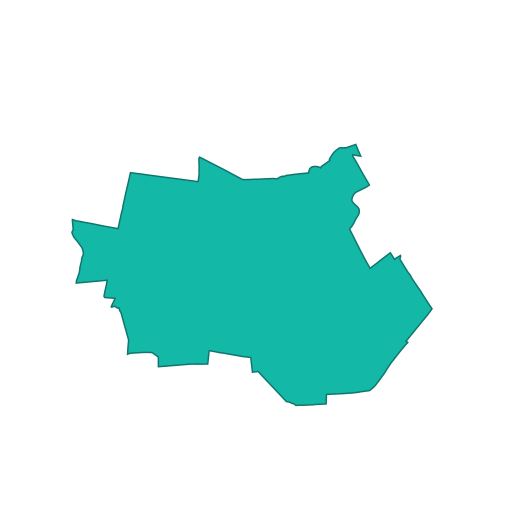 the district of Fierbinti-Targ, Ilfov, Romania, rotated 115°
{"feature_id": "2599482B78401565659465", "entity_name": "Fierbinti-Targ", "entity_type": "district", "adm_level": 2, "iso_a3": "ROU", "parent_name": "Romania", "parent_adm1": "Ilfov", "projection": "natural_earth1", "projection_center": [26.385, 44.666], "detail": "fine", "context": "isolated", "style": "filled", "palette": "teal", "viewbox_px": 512, "rotation_deg": 115, "n_neighbors": 0, "source": "geoboundaries", "source_scale": "gbopen_adm2", "svg_char_len": 5176}
<svg xmlns="http://www.w3.org/2000/svg" viewBox="0 0 512 512"><g transform="rotate(115 256 256)"><path d="M303.1,89.5L299.0,88.9L295.2,88.3L281.3,85.0L278.5,84.3L273.1,82.9L270.7,82.0L270.1,81.9L270.0,82.6L269.9,83.3L269.8,84.2L269.1,83.9L263.2,82.3L260.9,81.8L258.9,81.2L257.9,81.0L255.9,80.5L254.8,80.2L252.7,79.7L250.7,79.1L247.9,78.5L236.7,75.6L231.9,74.6L230.1,74.3L229.4,74.2L228.5,75.8L228.2,76.3L226.9,78.4L225.9,80.0L224.3,82.6L222.4,85.6L221.9,86.4L221.7,86.7L221.4,87.1L221.2,87.6L220.2,89.0L219.7,89.8L219.1,90.7L218.4,91.8L218.2,92.0L217.7,92.9L216.7,94.5L216.0,95.9L215.5,96.7L214.9,97.6L214.5,98.4L213.3,100.3L213.2,100.6L212.5,101.7L211.9,102.7L210.0,105.8L209.1,106.8L209.0,107.0L208.0,108.4L207.5,109.4L207.2,109.8L207.0,110.6L206.8,110.9L205.2,113.4L204.1,115.1L203.6,115.9L201.6,118.9L200.0,121.3L198.3,123.9L198.0,124.1L197.7,124.3L197.4,124.4L195.3,124.7L194.5,125.3L198.3,127.9L199.2,128.4L200.5,129.1L196.3,135.6L207.3,141.4L210.9,143.2L219.0,147.4L214.9,153.1L213.4,155.2L207.0,163.6L199.5,173.1L192.0,182.6L189.1,181.8L186.7,181.4L183.8,181.2L180.6,181.2L177.6,180.8L174.9,180.5L172.6,180.9L171.1,181.6L169.7,182.7L168.5,184.9L168.0,186.5L167.0,189.7L165.9,191.9L164.8,192.8L162.6,193.4L159.2,193.5L156.3,192.6L146.9,185.1L143.7,183.2L143.0,184.3L139.9,188.7L136.9,193.1L134.4,196.6L132.9,198.6L130.9,201.4L128.2,205.2L126.9,207.0L126.0,208.3L125.7,208.9L125.0,210.2L123.4,211.1L122.7,208.4L122.2,206.7L122.0,206.0L121.9,205.4L121.2,203.3L120.8,203.8L116.8,208.3L112.7,212.7L115.8,215.9L118.5,218.7L120.0,220.3L120.0,220.5L120.4,221.3L122.7,226.0L123.0,226.2L123.5,226.5L124.2,226.9L126.1,227.9L128.1,228.8L129.0,229.1L130.1,229.5L130.6,229.6L131.8,229.7L133.6,230.0L135.0,230.1L137.0,230.4L137.4,230.3L137.7,230.0L138.2,229.4L139.5,230.2L143.7,232.5L144.5,233.0L145.5,233.6L147.2,234.6L148.9,234.7L148.8,236.9L149.3,238.9L149.5,239.5L149.8,240.3L151.4,242.8L152.5,243.5L154.1,244.1L155.3,244.1L157.3,243.8L158.5,243.4L159.7,245.6L160.2,246.4L161.3,248.2L161.9,249.2L163.5,251.9L165.0,254.4L166.5,256.9L167.3,258.0L168.1,259.1L168.7,260.2L169.4,261.4L170.0,262.3L170.8,263.2L171.4,263.6L172.4,264.3L172.5,265.1L172.2,265.3L172.7,265.8L173.5,266.8L175.1,268.2L176.5,268.9L177.1,269.6L177.6,270.5L178.6,273.4L184.6,284.8L185.5,286.5L188.0,291.6L188.9,293.2L189.6,294.5L189.9,295.4L190.1,295.7L190.9,297.1L191.4,298.3L192.3,300.3L192.3,301.8L191.8,311.5L191.2,322.4L190.7,335.9L190.3,346.5L190.2,348.9L191.6,349.0L195.5,347.1L199.1,345.3L201.7,344.1L206.2,342.0L213.0,339.9L213.1,340.0L213.6,341.5L215.0,346.1L218.7,357.9L225.5,379.4L225.5,379.5L226.8,383.6L228.7,389.6L229.4,392.1L233.4,404.6L233.5,405.0L240.7,403.4L240.9,403.4L243.9,402.7L244.6,402.6L248.4,401.8L250.6,401.3L251.7,401.1L253.3,400.8L258.1,399.7L262.0,398.8L266.0,397.9L267.0,397.7L267.6,397.6L268.0,397.3L268.3,397.1L270.4,396.7L272.9,396.3L274.6,396.0L278.3,395.1L282.0,394.3L283.4,394.0L284.9,393.6L289.5,392.6L292.3,403.2L292.6,404.3L293.6,408.2L296.2,419.1L297.9,425.4L299.0,430.0L299.7,432.5L300.1,433.6L300.3,435.3L300.4,437.4L300.5,437.8L301.5,437.4L301.8,437.2L303.9,436.0L306.1,434.7L307.3,434.0L308.7,433.2L309.7,432.8L311.7,432.9L312.8,432.6L315.8,429.2L318.7,423.3L320.8,419.5L321.8,417.7L322.3,417.0L322.9,416.3L325.6,414.1L327.9,413.1L331.6,413.0L334.5,412.0L340.5,410.8L343.3,409.8L345.7,409.2L351.1,408.5L354.2,408.3L356.5,407.5L340.9,380.7L342.1,380.3L343.9,379.8L345.1,379.5L346.1,379.2L347.4,379.0L349.5,378.5L352.8,377.8L355.0,377.2L356.0,377.0L356.7,376.8L357.0,376.3L357.2,376.0L357.4,375.8L357.5,375.7L357.4,375.2L357.1,374.3L356.5,372.6L355.1,369.1L354.8,368.2L354.5,367.5L354.2,366.6L354.1,366.3L353.9,365.8L354.1,365.7L354.5,365.8L355.7,365.8L357.2,365.8L358.7,365.8L362.5,365.8L363.3,365.8L363.3,365.0L362.6,364.4L362.0,363.8L361.3,363.0L361.3,362.7L361.4,362.1L361.7,359.4L361.5,358.9L361.1,358.0L361.1,357.7L361.4,357.5L362.2,357.2L362.7,356.9L364.0,355.1L364.6,354.2L371.6,348.3L382.1,339.3L385.7,336.2L386.6,335.7L392.7,333.5L399.3,330.9L397.8,329.4L397.0,328.4L395.9,326.4L393.1,321.2L390.9,317.2L390.3,315.9L389.6,314.4L388.3,311.5L387.4,309.2L388.8,302.1L389.0,301.9L389.4,301.5L397.6,297.7L396.8,296.2L395.5,294.0L393.5,290.4L392.8,289.2L390.6,285.4L389.1,282.7L387.9,280.6L383.1,272.2L382.7,271.5L381.1,268.6L380.3,266.8L379.3,264.6L377.3,260.3L374.3,254.1L367.0,256.6L362.3,258.2L361.5,258.3L360.7,255.0L360.2,253.3L359.5,250.6L359.0,248.2L358.2,245.7L357.9,244.9L357.8,244.3L357.2,242.3L354.7,232.9L354.0,230.4L353.3,227.5L352.2,223.9L351.8,222.8L351.0,220.4L350.3,218.6L350.3,217.8L362.8,210.1L359.8,205.3L375.1,166.9L374.9,166.3L374.6,165.2L374.3,164.1L374.3,163.3L374.3,162.5L374.4,160.9L374.2,160.1L373.9,158.9L373.9,158.4L374.3,157.6L374.6,156.9L374.5,156.5L373.9,155.5L373.3,154.4L372.4,152.7L372.1,152.1L372.0,151.7L371.8,151.2L371.5,150.6L366.4,140.8L366.2,140.7L366.0,140.4L360.4,129.9L356.5,131.6L351.6,133.7L348.0,126.7L344.4,119.8L342.5,116.4L340.3,112.4L339.0,110.1L337.8,108.2L336.7,106.4L335.5,104.7L334.2,102.8L332.7,100.4L331.9,99.2L331.0,97.8L330.1,96.4L330.0,96.2L326.0,94.3L324.3,93.6L323.7,93.4L321.3,92.8L316.3,91.7L310.2,90.5L309.2,90.3L307.1,90.0L303.1,89.5Z" fill="#14b8a6" stroke="#0f766e" stroke-width="1.5"/></g></svg>